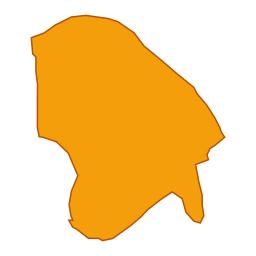 outline of Kusong City, P'yŏngan-bukto, North Korea
{"feature_id": "82179303B13626815484241", "entity_name": "Kusong City", "entity_type": "district", "adm_level": 2, "iso_a3": "PRK", "parent_name": "North Korea", "parent_adm1": "P'yŏngan-bukto", "projection": "albers", "projection_center": [125.193, 39.953], "detail": "fine", "context": "isolated", "style": "filled", "palette": "amber", "viewbox_px": 256, "rotation_deg": 0, "n_neighbors": 0, "source": "geoboundaries", "source_scale": "gbopen_adm2", "svg_char_len": 841}
<svg xmlns="http://www.w3.org/2000/svg" viewBox="0 0 256 256"><path d="M39.0,136.6L42.5,137.2L56.5,141.8L68.3,153.1L74.0,166.6L77.9,175.6L71.4,191.2L69.1,204.6L70.9,215.8L72.8,220.3L68.8,220.2L72.6,227.0L76.6,229.2L82.6,233.8L88.5,238.3L98.6,238.4L102.6,240.6L112.7,238.5L131.2,225.2L141.5,216.3L147.7,209.6L162.0,198.6L172.2,191.9L182.2,198.7L185.9,212.1L193.8,221.1L200.2,223.0L203.8,215.9L202.2,204.6L202.1,195.0L198.9,182.2L195.6,164.5L208.5,159.7L206.9,154.9L210.1,148.5L215.0,145.3L224.7,137.2L221.4,132.4L219.8,127.6L214.9,118.0L206.8,105.2L197.2,93.9L193.9,87.5L176.2,73.1L163.2,61.9L143.9,45.9L134.2,33.0L118.1,21.8L108.4,18.6L85.9,15.4L71.4,17.0L55.3,25.0L44.0,33.0L31.3,37.7L32.7,53.8L35.9,57.0L35.9,71.5L37.5,84.3L37.4,100.3L37.4,118.0L37.4,127.6L39.0,135.6L39.0,136.6Z" fill="#f59e0b" stroke="#b45309" stroke-width="1.5"/></svg>